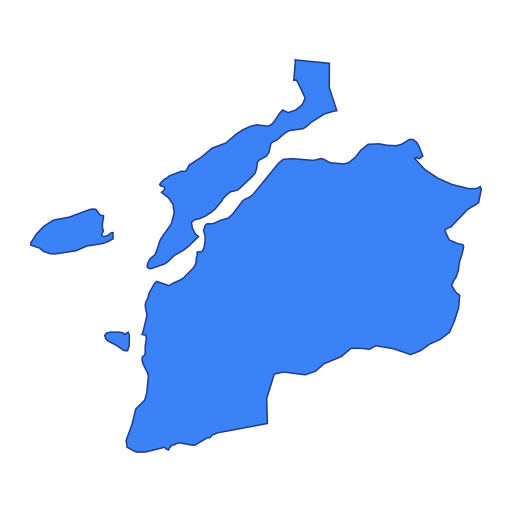 an SVG outline of Çanakkale
{"feature_id": "TUR-2239", "entity_name": "Çanakkale", "entity_type": "Province", "adm_level": 1, "iso_a3": "TUR", "parent_name": "Turkey", "parent_adm1": "", "projection": "equal_earth", "projection_center": [26.526, 40.093], "detail": "fine", "context": "isolated", "style": "filled", "palette": "blue", "viewbox_px": 512, "rotation_deg": 0, "n_neighbors": 0, "source": "natural_earth", "source_scale": "10m", "svg_char_len": 3636}
<svg xmlns="http://www.w3.org/2000/svg" viewBox="0 0 512 512"><path d="M267.4,423.5L217.6,432.8L212.3,435.0L209.9,437.7L207.5,437.7L197.1,443.8L195.2,445.2L192.4,445.2L179.9,442.9L177.4,443.2L174.3,444.8L171.8,445.2L169.6,447.8L169.2,448.4L168.5,450.0L166.9,449.4L164.4,447.3L145.7,452.0L136.3,452.1L127.1,447.3L126.1,440.5L132.1,424.2L135.8,408.9L144.7,400.2L146.7,393.0L148.4,375.9L147.4,372.6L143.0,363.9L142.0,359.9L142.3,357.1L143.3,356.1L144.4,355.4L145.2,353.6L145.2,346.1L146.4,338.0L145.6,335.2L142.0,334.5L143.3,330.9L146.9,315.4L146.7,313.5L145.4,307.5L145.3,304.6L145.9,301.9L148.1,297.7L148.5,295.1L149.5,292.3L154.5,283.6L156.6,281.4L169.2,285.7L172.9,283.2L180.8,279.7L183.3,278.1L193.3,268.0L195.4,264.5L196.1,261.9L196.3,257.9L197.2,256.0L197.3,254.8L197.1,253.4L197.1,252.2L197.9,251.8L200.5,251.9L201.7,251.6L202.7,250.6L204.2,246.7L205.1,241.1L205.0,235.2L203.5,230.6L205.0,226.1L206.2,224.2L207.8,223.8L210.8,223.9L214.1,223.3L220.2,220.4L228.1,218.2L232.4,214.4L242.9,200.5L245.0,199.2L247.0,198.4L250.2,196.7L253.2,194.3L278.4,163.3L283.3,159.3L293.0,158.7L313.3,160.4L321.3,158.5L323.9,159.3L330.1,162.7L343.5,163.9L348.6,162.7L355.2,157.4L360.9,150.1L368.1,144.3L379.1,143.8L387.1,145.3L396.1,145.7L401.3,144.4L409.3,139.5L412.9,139.4L416.8,142.4L419.2,146.8L422.8,156.2L419.6,158.5L418.0,158.5L416.9,157.2L416.5,157.6L414.7,158.5L424.9,169.6L438.0,178.3L452.0,184.5L468.7,188.6L475.3,188.6L477.8,188.1L480.2,186.5L481.3,189.3L478.6,202.8L467.3,209.7L451.0,226.9L447.4,228.3L444.8,230.6L449.2,239.9L458.5,243.9L462.7,244.5L463.7,246.6L462.4,252.6L459.3,262.6L458.3,270.8L455.7,277.9L454.0,280.2L451.6,285.4L455.7,292.1L459.7,295.4L458.6,308.0L454.5,320.7L449.5,332.3L440.2,339.4L430.2,343.8L420.8,350.5L410.7,354.6L393.3,348.7L375.9,345.7L369.4,349.3L362.1,348.4L351.1,348.3L341.1,356.7L324.1,363.7L315.3,371.3L305.2,374.8L283.8,372.0L274.3,374.0L266.7,398.5L267.4,423.5ZM336.8,110.7L333.6,111.2L324.6,113.9L311.0,122.4L307.5,125.8L303.4,128.6L288.9,130.7L284.5,133.4L276.9,140.1L273.6,141.5L271.0,143.3L268.9,152.5L266.4,156.2L258.8,160.4L257.3,162.7L256.8,167.9L255.3,172.9L251.8,177.0L238.9,189.0L237.2,190.2L230.3,191.9L227.2,194.4L222.3,199.5L222.2,200.7L221.0,201.9L214.9,209.3L210.6,212.8L205.2,216.2L199.6,218.7L194.7,219.7L191.5,222.3L192.3,228.0L195.2,233.8L198.6,236.6L187.3,247.4L183.8,250.0L174.4,255.4L167.3,262.2L164.4,264.0L151.9,268.4L149.4,268.7L147.1,267.0L147.7,263.3L149.6,259.6L151.0,257.9L154.9,254.9L157.5,248.4L159.4,241.9L160.7,238.9L171.3,223.9L174.2,212.8L173.0,204.4L168.5,197.8L161.5,192.3L164.0,190.2L164.8,188.2L163.7,186.6L160.7,185.9L159.6,184.5L161.8,181.6L164.9,178.9L166.4,178.5L169.1,176.0L181.2,171.3L185.8,171.2L189.3,164.9L201.0,157.4L212.1,148.1L225.9,143.0L236.3,134.0L243.0,129.7L250.4,126.3L256.8,124.8L267.8,126.2L271.1,124.8L274.3,121.4L279.2,113.7L282.6,109.9L288.1,112.6L295.6,110.1L302.3,104.6L305.2,98.1L298.0,82.8L296.1,80.0L293.8,80.4L293.9,78.9L295.4,60.8L295.1,59.9L329.4,63.3L329.3,87.7L336.8,110.7ZM113.0,232.6L113.0,238.9L107.8,241.7L102.5,243.6L86.6,246.1L76.2,250.7L54.9,254.0L50.0,253.7L44.3,251.7L41.6,250.1L40.4,248.4L30.7,245.1L30.7,243.1L36.2,234.3L43.9,226.2L53.4,220.1L69.4,217.1L89.8,209.5L92.7,209.0L95.6,209.3L97.1,210.8L98.4,213.0L100.2,215.1L103.5,215.7L103.5,217.8L102.9,220.4L102.4,224.3L102.5,228.2L103.5,230.6L101.4,235.5L103.7,236.7L108.0,235.4L111.5,232.6L113.0,232.6ZM124.1,334.5L128.1,332.3L129.4,335.3L129.1,346.1L127.5,350.8L123.8,350.5L116.1,345.1L109.1,341.7L106.0,339.3L104.7,335.5L106.5,333.0L110.8,332.1L119.3,332.2L120.8,332.5L121.9,332.5L122.9,332.9L124.1,334.5Z" fill="#3b82f6" stroke="#1e3a8a" stroke-width="1.5"/></svg>